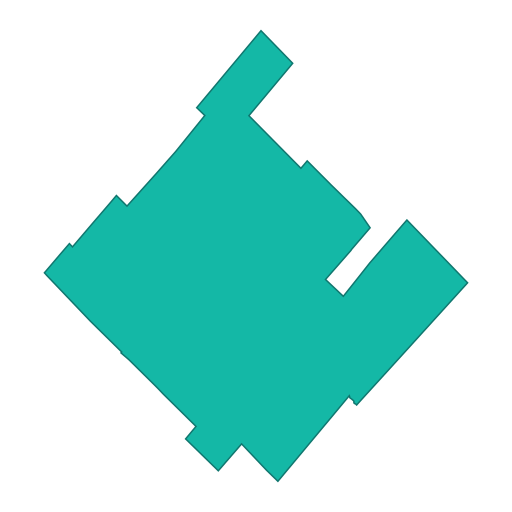 the district of Brandsen, Buenos Aires, Argentina
{"feature_id": "61730980B58719049483690", "entity_name": "Brandsen", "entity_type": "district", "adm_level": 2, "iso_a3": "ARG", "parent_name": "Argentina", "parent_adm1": "Buenos Aires", "projection": "equal_earth", "projection_center": [-58.12, -35.196], "detail": "fine", "context": "isolated", "style": "filled", "palette": "teal", "viewbox_px": 512, "rotation_deg": 0, "n_neighbors": 0, "source": "geoboundaries", "source_scale": "gbopen_adm2", "svg_char_len": 1191}
<svg xmlns="http://www.w3.org/2000/svg" viewBox="0 0 512 512"><path d="M356.6,405.0L406.2,350.5L467.6,282.8L429.8,243.7L406.9,220.0L395.7,232.9L369.8,262.9L357.8,278.1L343.3,296.3L325.5,279.5L350.9,250.5L351.6,249.4L370.1,227.8L360.7,214.1L355.6,208.8L344.6,198.1L331.1,184.9L307.2,160.9L300.9,168.3L248.9,115.7L292.7,63.3L261.0,30.7L196.7,107.7L204.8,115.5L175.7,151.5L155.4,174.5L127.0,206.1L116.4,195.5L109.3,203.9L92.1,223.9L72.5,246.9L69.4,243.6L60.6,253.8L44.4,272.8L47.1,275.8L90.7,321.5L121.7,352.0L121.0,352.9L128.9,359.7L153.9,384.4L157.7,388.2L163.1,393.9L196.0,426.4L185.6,438.9L218.3,470.8L241.6,443.9L266.4,470.1L277.9,481.3L349.3,395.7L349.4,396.0L349.6,396.4L349.6,396.9L349.6,397.1L349.8,397.6L350.0,397.9L350.2,398.1L350.5,398.3L350.8,398.5L351.1,398.7L351.6,399.0L351.8,399.2L352.0,399.4L352.2,399.5L352.4,399.8L352.7,400.0L353.0,400.2L353.3,400.5L353.6,400.8L353.7,401.0L353.9,401.4L353.9,401.6L354.0,401.9L353.9,402.1L353.9,402.4L353.9,402.8L354.1,403.1L354.2,403.3L354.4,403.5L354.6,403.6L354.8,403.6L355.0,403.7L355.3,403.8L355.5,403.9L355.6,404.0L355.9,404.2L356.0,404.4L356.1,404.5L356.5,404.9L356.6,405.0Z" fill="#14b8a6" stroke="#0f766e" stroke-width="1.5"/></svg>